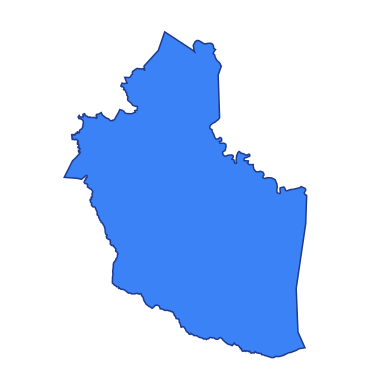 the district of Magude, Maputo, Mozambique, rotated 186°
{"feature_id": "85939544B12261721998883", "entity_name": "Magude", "entity_type": "district", "adm_level": 2, "iso_a3": "MOZ", "parent_name": "Mozambique", "parent_adm1": "Maputo", "projection": "albers", "projection_center": [32.464, -24.759], "detail": "fine", "context": "isolated", "style": "filled", "palette": "blue", "viewbox_px": 384, "rotation_deg": 186, "n_neighbors": 0, "source": "geoboundaries", "source_scale": "gbopen_adm2", "svg_char_len": 5987}
<svg xmlns="http://www.w3.org/2000/svg" viewBox="0 0 384 384"><g transform="rotate(186 192 192)"><path d="M320.6,193.2L308.0,193.6L303.1,193.1L299.5,197.0L298.6,197.5L298.1,197.3L297.9,195.7L299.2,194.6L298.8,193.6L299.9,192.4L300.3,190.2L299.1,189.1L298.2,189.4L296.6,188.6L296.8,187.8L296.4,187.0L296.5,186.1L293.2,184.3L292.6,184.3L291.1,182.6L290.7,181.5L291.3,179.7L290.8,177.6L291.2,176.3L291.8,176.1L291.2,174.7L292.5,174.0L292.6,173.2L292.0,172.5L291.9,171.4L290.6,170.5L290.8,169.7L290.5,168.2L288.8,166.8L287.3,167.0L286.8,166.6L283.9,161.4L283.8,161.0L284.2,160.5L283.7,159.1L283.0,158.9L282.4,158.1L281.9,156.6L280.4,154.1L279.6,153.5L279.1,152.2L278.4,152.1L277.5,151.3L276.6,149.8L275.6,148.8L275.2,147.2L274.6,146.3L274.1,143.0L273.6,141.7L273.1,140.8L271.8,140.3L272.6,138.6L271.9,137.8L272.0,137.2L269.7,136.0L268.6,135.9L268.1,135.2L268.2,134.1L267.7,133.3L267.9,131.8L266.5,130.5L265.4,130.4L265.0,130.7L264.4,130.4L264.3,129.8L261.8,127.5L261.7,125.1L260.2,124.3L259.5,123.5L259.5,119.3L260.6,117.5L260.7,116.0L261.4,115.3L262.6,113.2L262.7,110.7L262.4,109.8L262.6,108.4L262.3,107.9L262.7,105.7L261.9,100.9L262.2,99.7L261.8,94.1L261.5,92.8L260.9,92.7L259.3,91.2L258.2,90.9L257.1,89.9L255.6,89.9L254.3,89.0L254.6,88.5L253.6,88.5L252.4,87.8L251.5,88.1L248.6,87.4L244.7,84.8L243.1,85.1L241.5,84.4L238.3,84.7L235.8,85.6L234.7,85.0L233.6,84.9L232.4,85.7L231.9,85.3L231.3,83.7L229.3,81.7L228.9,79.8L228.0,78.7L227.9,78.0L226.8,77.1L226.4,76.0L222.9,73.7L221.6,73.4L219.6,72.2L219.1,72.4L216.4,75.5L214.6,75.9L212.7,75.1L211.3,72.4L209.9,72.7L206.6,71.4L203.5,71.8L202.9,71.4L201.5,71.6L200.4,70.8L198.7,70.8L197.0,68.5L196.7,67.5L195.7,66.8L194.5,64.4L192.8,64.4L191.5,63.8L191.0,61.1L190.1,60.1L188.7,56.3L186.9,57.2L186.2,57.1L184.1,54.8L183.4,53.2L181.8,51.9L181.0,51.8L180.4,50.7L179.4,50.2L178.8,50.3L178.3,51.2L177.7,50.7L176.6,50.5L175.1,49.4L173.7,49.6L171.6,49.4L169.7,48.2L166.9,48.0L165.2,47.0L163.5,47.4L162.1,46.8L161.7,47.5L160.0,47.8L159.6,48.7L158.5,49.4L156.9,49.0L155.8,49.3L154.3,49.0L153.6,48.3L151.7,48.1L150.4,48.6L149.2,50.0L148.5,50.2L146.7,49.3L146.2,48.4L142.9,45.9L139.8,44.2L139.1,44.4L136.4,43.5L136.0,44.0L135.6,43.7L134.2,46.3L133.8,46.1L133.2,45.0L131.5,44.2L130.6,44.4L129.6,44.1L128.3,42.4L127.0,41.8L127.2,41.2L126.4,41.2L126.2,40.1L125.3,39.0L124.1,39.1L123.7,39.5L123.1,39.3L122.7,39.7L121.7,39.1L121.3,39.7L120.0,39.7L119.1,39.2L118.0,39.7L117.1,38.2L116.1,38.0L114.6,38.5L113.2,38.4L112.6,39.7L112.3,39.3L111.6,39.5L110.8,38.8L106.1,38.5L105.8,37.5L103.4,37.5L102.4,36.9L101.8,37.0L95.4,35.6L93.4,35.9L92.3,36.5L92.2,37.0L90.6,37.4L90.0,37.2L88.0,37.5L85.4,38.4L84.8,39.0L83.6,39.1L82.8,40.2L82.2,40.1L79.2,42.3L78.3,42.3L76.0,43.1L75.4,43.8L74.3,44.0L71.1,45.8L69.6,47.2L63.4,48.9L72.0,63.9L78.3,106.9L75.6,172.3L77.6,200.6L79.4,201.4L80.3,202.8L79.2,205.4L79.2,206.6L80.3,207.6L84.1,208.8L85.1,207.6L91.4,205.3L94.5,204.7L97.7,203.1L99.1,203.4L100.3,205.8L101.2,206.6L104.7,205.4L104.8,204.0L104.0,200.1L104.7,199.6L106.4,199.9L107.2,200.3L107.5,201.1L108.0,203.9L107.6,205.3L108.4,208.8L110.6,212.9L113.8,214.2L115.2,214.4L118.9,214.1L120.7,213.0L122.5,213.4L123.1,214.1L122.9,215.4L122.3,216.0L122.4,217.5L123.5,219.1L126.0,219.8L128.6,218.9L130.5,218.9L132.8,221.1L133.9,224.2L133.9,225.7L138.0,225.2L139.9,226.6L139.3,227.4L139.2,228.8L143.4,228.6L143.7,229.9L143.3,231.1L138.4,233.6L138.3,234.7L138.9,235.5L139.5,235.5L141.3,234.5L142.4,234.4L144.5,235.4L147.5,235.9L149.1,237.2L149.8,236.9L150.5,235.9L151.4,232.8L151.4,227.2L150.7,226.1L150.9,225.3L151.3,225.0L152.7,225.3L153.2,227.1L153.9,228.5L155.7,228.8L154.6,231.3L154.8,232.1L155.4,232.7L156.3,233.0L160.0,232.4L162.5,231.0L163.6,231.2L164.9,232.4L165.6,233.6L165.5,235.2L163.5,236.6L163.2,237.5L162.9,241.0L163.4,243.0L165.2,243.9L169.3,243.4L170.2,244.9L167.9,245.8L167.9,247.3L168.3,248.4L169.0,249.0L169.9,249.2L171.5,247.6L173.5,247.0L174.9,248.4L176.7,252.1L178.0,253.8L178.7,256.2L180.5,256.8L181.1,257.5L180.8,260.0L180.2,260.9L178.2,262.8L176.7,263.6L173.1,267.2L172.3,268.7L178.2,311.1L176.0,320.3L176.7,320.6L176.9,321.7L178.3,323.5L181.4,325.9L183.3,329.0L183.8,330.7L185.3,331.7L185.4,332.2L184.4,334.7L183.5,336.2L185.4,337.0L185.7,338.7L186.4,340.5L187.8,341.7L189.6,341.9L195.2,340.6L201.0,343.3L203.1,343.2L204.6,341.7L206.1,338.0L204.9,333.5L204.1,331.6L206.7,333.4L235.9,348.4L240.3,329.3L252.9,312.2L251.8,308.3L252.1,308.2L253.6,309.6L254.9,309.1L259.6,309.1L260.5,308.5L263.6,305.7L263.9,304.6L263.5,303.1L264.6,301.8L265.4,299.8L266.3,299.3L270.9,299.0L268.0,293.4L272.3,292.6L272.9,293.0L273.9,290.0L273.0,289.3L272.0,289.5L270.8,288.8L270.4,287.9L270.8,286.7L268.8,286.1L268.3,284.4L267.2,283.4L266.9,281.4L265.7,280.3L265.8,277.6L265.3,276.4L261.7,273.9L260.1,272.1L257.8,271.4L255.2,271.3L255.1,267.8L257.5,266.9L256.6,265.5L260.3,263.5L265.4,263.2L266.8,263.6L268.3,265.2L269.7,265.9L272.5,266.4L273.2,263.9L276.7,256.0L277.8,255.0L278.6,255.1L278.8,254.6L280.9,254.5L282.5,256.0L285.0,256.6L289.0,259.1L290.6,261.5L292.8,259.8L295.1,259.1L295.4,257.9L295.2,257.5L294.4,257.2L294.3,256.6L294.4,255.7L294.8,255.3L296.6,256.0L300.4,255.5L301.6,256.0L303.0,255.2L303.9,256.3L306.4,257.0L306.7,258.3L307.2,258.7L308.6,257.8L308.0,255.4L310.5,254.9L311.5,255.3L312.2,256.3L313.1,254.8L312.3,253.2L310.2,253.1L307.8,251.8L307.3,249.5L307.6,244.8L308.3,243.3L310.0,242.0L310.3,241.0L310.2,239.6L310.6,239.0L312.1,239.9L312.4,239.6L311.8,239.2L311.9,238.5L314.0,238.1L314.0,237.3L314.8,236.9L314.6,236.5L315.4,236.3L316.0,236.7L316.7,236.2L317.3,236.7L317.7,236.3L317.3,234.8L316.7,234.1L317.1,233.4L316.7,232.8L316.9,232.3L316.5,231.7L315.8,232.0L313.9,231.6L313.2,232.2L312.4,232.2L310.7,230.9L311.0,230.3L310.5,229.9L311.0,229.4L310.4,228.8L311.1,227.9L310.9,227.5L309.9,227.4L309.4,226.9L309.4,225.6L309.9,225.1L309.3,224.7L309.9,224.1L307.9,223.4L308.1,222.2L309.1,221.7L308.5,220.9L309.2,221.0L309.1,220.4L308.9,219.9L307.5,220.0L307.3,219.4L310.9,214.2L314.1,210.5L320.6,193.2Z" fill="#3b82f6" stroke="#1e3a8a" stroke-width="1.5"/></g></svg>